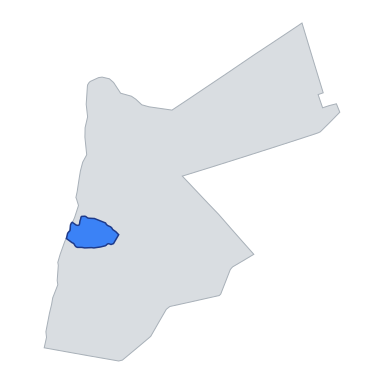 location of Tafilah within Jordan
{"feature_id": "JOR-852", "entity_name": "Tafilah", "entity_type": "Province", "adm_level": 1, "iso_a3": "JOR", "parent_name": "Jordan", "parent_adm1": "", "projection": "albers", "projection_center": [35.57, 30.801], "detail": "fine", "context": "in_parent", "style": "filled", "palette": "blue", "viewbox_px": 384, "rotation_deg": 0, "n_neighbors": 0, "source": "natural_earth", "source_scale": "10m", "svg_char_len": 2055}
<svg xmlns="http://www.w3.org/2000/svg" viewBox="0 0 384 384"><path d="M102.1,77.1L109.4,78.8L113.6,82.5L120.6,93.2L131.4,96.2L135.8,99.2L141.8,104.8L149.0,106.8L172.0,110.1L190.2,98.0L205.5,87.7L222.8,76.1L234.6,68.1L254.6,54.5L267.8,45.8L285.0,34.4L302.0,23.0L307.3,40.6L312.5,57.8L317.9,75.5L323.2,92.8L318.1,94.6L322.6,107.8L329.2,105.6L336.4,103.8L339.8,112.2L330.1,122.1L320.3,131.8L318.0,132.9L305.0,137.2L278.4,145.8L260.6,151.5L237.7,158.8L218.7,164.8L199.8,170.7L182.3,176.1L192.5,186.9L208.1,203.4L218.6,214.3L230.9,228.4L242.0,241.0L253.8,254.3L245.8,259.1L232.6,266.9L231.3,268.3L230.2,269.8L224.9,283.4L220.7,294.1L219.3,295.5L200.6,299.7L181.7,303.9L169.8,306.5L166.3,309.3L158.6,322.6L150.7,336.4L137.3,347.7L122.4,360.1L118.7,361.0L107.8,359.1L89.3,355.9L71.4,352.7L59.1,350.5L44.2,347.8L46.5,337.4L45.9,331.7L49.5,313.1L51.6,304.4L52.7,297.9L57.8,284.8L57.2,280.5L58.3,265.3L57.8,262.4L60.2,254.2L64.5,242.2L68.8,231.9L70.3,227.3L74.6,217.5L78.5,205.5L76.5,198.9L75.9,197.6L77.5,190.0L77.4,190.0L79.3,177.7L80.4,171.0L82.7,162.2L86.7,154.8L84.9,137.2L85.1,127.7L87.6,116.9L86.2,104.3L87.4,86.3L87.7,84.7L89.1,82.5L90.3,81.4L98.6,77.6L102.1,77.1Z" fill="#d9dde1" stroke="#a8b0b8" stroke-width="1"/><path d="M66.4,238.5L66.9,236.6L67.3,234.6L67.5,233.7L68.0,232.7L68.5,232.1L69.7,231.0L70.1,230.3L70.3,228.5L70.3,226.7L70.5,224.9L71.3,223.1L72.2,222.3L72.7,222.6L76.1,225.0L77.1,225.3L78.3,225.4L79.1,224.9L79.5,224.1L80.0,220.9L80.7,218.8L81.0,217.2L81.4,216.6L82.0,216.3L82.9,216.4L84.1,216.2L85.0,216.3L85.8,216.5L86.6,217.2L87.5,217.8L88.5,218.2L94.4,218.5L105.4,222.9L105.8,223.3L106.0,223.8L106.3,224.3L107.0,225.0L107.8,225.6L110.3,226.7L111.0,227.2L111.6,227.7L112.3,228.9L112.8,229.6L115.8,231.7L118.7,234.7L113.5,243.6L111.0,244.5L109.2,243.8L108.4,243.7L107.7,243.9L106.8,244.5L106.2,245.2L105.2,245.8L100.3,247.0L93.9,247.9L91.5,247.6L84.7,247.9L81.8,247.4L79.1,247.4L77.5,247.4L76.7,247.1L75.8,246.6L74.9,245.5L74.1,244.0L73.2,243.2L72.1,242.7L67.4,239.3L66.4,238.5Z" fill="#3b82f6" stroke="#1e3a8a" stroke-width="1.5"/></svg>